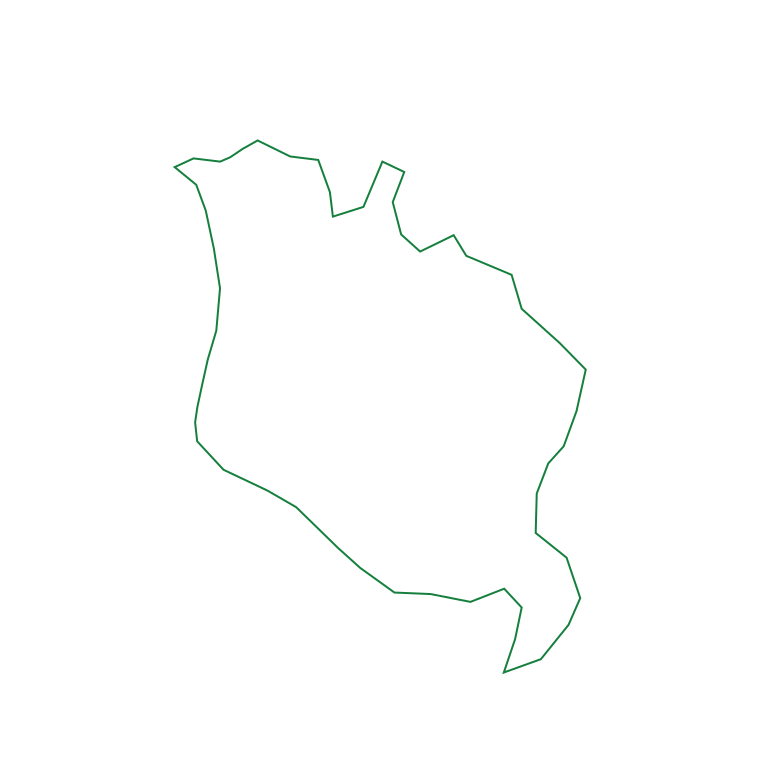 outline of Gerakies, Nicosia, Cyprus, rotated 312°
{"feature_id": "46923920B59872666300573", "entity_name": "Gerakies", "entity_type": "district", "adm_level": 2, "iso_a3": "CYP", "parent_name": "Cyprus", "parent_adm1": "Nicosia", "projection": "albers", "projection_center": [32.789, 35.014], "detail": "fine", "context": "isolated", "style": "outline", "palette": "green", "viewbox_px": 768, "rotation_deg": 312, "n_neighbors": 0, "source": "geoboundaries", "source_scale": "gbopen_adm2", "svg_char_len": 824}
<svg xmlns="http://www.w3.org/2000/svg" viewBox="0 0 768 768"><g transform="rotate(312 384 384)"><path d="M480.4,127.1L464.1,121.6L449.6,118.0L439.6,113.4L433.2,104.3L424.2,91.5L405.1,83.3L406.4,111.2L393.6,135.5L370.9,166.8L345.4,198.1L311.4,223.7L284.4,236.6L261.7,249.4L241.9,260.8L229.1,269.3L216.4,283.5L212.9,322.2L226.8,368.7L233.7,401.2L231.4,459.3L231.4,489.5L236.0,531.3L259.1,559.2L279.9,594.0L312.3,610.3L310.0,635.9L282.2,652.1L249.8,666.1L284.5,684.7L328.5,682.3L356.2,673.1L377.1,635.9L374.8,596.4L404.8,570.8L434.9,559.2L458.0,559.2L492.7,545.2L529.7,524.3L532.0,487.1L532.0,436.0L550.5,405.8L534.3,359.4L541.2,336.2L506.6,322.2L506.6,296.7L525.0,268.8L555.1,257.2L548.2,234.0L501.9,250.2L474.2,234.0L490.4,215.4L506.5,185.2L490.3,162.0L480.4,127.1Z" fill="none" stroke="#15803d" stroke-width="2"/></g></svg>